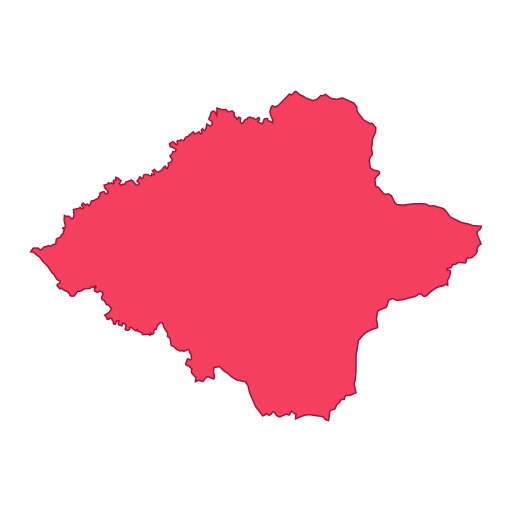 Faratsiho, Vakinankaratra, Madagascar (Mercator projection)
{"feature_id": "10022922B80317071360034", "entity_name": "Faratsiho", "entity_type": "district", "adm_level": 2, "iso_a3": "MDG", "parent_name": "Madagascar", "parent_adm1": "Vakinankaratra", "projection": "mercator", "projection_center": [46.848, -19.419], "detail": "fine", "context": "isolated", "style": "filled", "palette": "rose", "viewbox_px": 512, "rotation_deg": 0, "n_neighbors": 0, "source": "geoboundaries", "source_scale": "gbopen_adm2", "svg_char_len": 6032}
<svg xmlns="http://www.w3.org/2000/svg" viewBox="0 0 512 512"><path d="M328.6,420.5L329.9,411.2L331.6,409.9L334.1,409.4L335.0,408.7L336.9,404.5L339.8,402.1L341.3,399.5L344.2,399.5L345.0,396.4L346.0,395.6L350.8,395.0L356.0,392.7L354.1,383.9L355.1,380.5L355.9,372.0L356.1,355.5L358.4,340.6L362.8,335.3L366.2,332.4L371.5,329.6L377.4,327.7L377.6,326.3L376.4,318.9L377.4,312.3L378.3,310.6L386.5,307.0L388.4,300.9L389.1,300.0L391.9,298.7L393.1,298.6L396.6,300.4L403.4,299.5L415.4,296.3L419.3,293.8L421.3,294.3L423.7,296.3L425.2,296.3L426.9,295.4L430.6,291.8L435.6,288.2L440.2,286.3L443.2,285.9L445.4,284.3L447.7,285.3L447.6,280.2L449.5,276.4L450.5,272.4L450.5,271.0L449.4,270.0L447.3,270.2L446.7,269.6L447.2,268.4L451.1,267.7L452.7,264.7L455.7,264.2L458.4,262.5L465.4,262.9L466.1,261.8L466.3,259.4L467.1,258.3L472.0,257.5L475.9,253.9L477.1,251.5L477.1,247.9L478.7,245.7L481.0,243.9L476.9,233.6L477.5,231.4L480.4,228.8L481.3,226.3L472.2,225.5L468.8,224.1L461.4,222.5L450.3,217.0L445.2,210.1L443.3,208.6L433.7,205.8L429.5,206.0L426.4,204.2L421.8,203.6L413.2,203.8L402.7,205.1L397.1,204.6L394.7,202.6L391.5,195.8L388.6,193.9L385.1,194.3L383.4,193.5L378.4,187.3L375.8,186.4L374.8,179.3L376.5,176.5L379.2,174.0L379.7,173.1L379.4,171.9L378.1,171.0L374.0,170.2L370.7,168.3L370.0,166.7L369.3,159.9L370.3,156.7L371.6,155.7L372.4,153.9L371.4,147.9L372.1,145.1L372.5,138.9L375.5,132.2L375.8,127.7L372.3,123.3L369.9,123.5L363.8,120.1L358.0,112.8L356.7,109.7L356.8,107.2L353.8,103.0L342.2,97.9L337.1,99.3L330.9,98.3L325.2,94.2L323.8,95.5L320.7,95.6L317.1,99.2L313.0,100.6L305.2,97.8L303.5,96.3L299.8,94.7L296.2,91.6L295.1,91.5L291.7,95.0L289.5,94.0L278.4,105.4L274.7,107.1L272.7,105.7L271.4,106.5L269.9,111.6L270.6,115.0L272.6,119.6L272.6,122.7L267.6,120.2L267.7,119.0L267.1,118.5L264.8,118.7L264.2,119.2L262.4,123.9L258.0,122.2L257.9,121.3L259.5,119.8L259.2,117.9L257.8,117.8L256.4,119.4L255.6,119.6L253.2,117.9L251.9,118.1L250.0,117.0L247.8,117.8L246.9,119.5L246.1,119.3L244.8,120.0L242.8,123.0L241.5,123.4L240.2,122.1L240.6,118.1L238.7,117.2L237.0,119.4L236.0,117.5L234.2,116.4L234.1,112.8L232.1,110.9L228.3,111.9L225.9,109.5L222.0,109.7L217.0,108.1L216.8,115.4L214.6,111.4L212.4,111.3L211.1,112.4L210.0,116.4L208.9,118.3L209.0,119.5L211.8,121.5L212.2,124.8L210.0,125.9L206.7,124.1L206.2,128.1L204.9,130.5L204.3,130.8L202.6,128.7L201.4,129.8L201.9,133.8L200.6,134.0L199.0,131.8L195.2,134.1L194.5,133.8L193.6,132.0L193.1,131.9L190.3,134.6L189.4,134.8L188.2,136.5L185.6,137.2L184.0,140.4L183.0,140.6L181.3,139.7L179.3,140.9L177.5,140.6L177.0,141.4L177.5,144.1L177.0,144.7L175.8,144.4L174.0,142.2L172.5,141.8L169.5,143.8L170.3,146.8L172.5,147.2L175.8,149.2L176.1,150.2L175.2,151.4L172.6,151.9L172.1,154.4L169.9,155.6L170.8,157.6L171.9,158.7L172.1,160.2L171.1,161.9L168.2,163.2L168.6,165.7L167.4,168.3L166.1,168.5L165.7,166.4L165.1,166.1L163.5,167.3L161.7,170.2L158.0,172.1L156.4,171.7L154.5,169.4L152.4,170.9L154.4,173.5L154.0,174.9L151.8,173.9L151.6,175.6L151.0,175.9L146.1,174.3L144.1,174.8L143.5,175.5L143.1,177.7L142.5,178.3L141.5,178.5L140.4,177.0L139.3,177.1L139.1,178.9L137.3,180.4L137.1,181.4L138.6,182.2L139.2,183.6L138.8,184.5L137.7,185.1L136.0,184.9L133.1,181.1L131.5,180.0L125.8,182.1L124.5,184.5L122.8,184.2L120.6,185.4L119.5,183.4L121.0,180.8L117.9,178.0L115.9,177.3L115.8,180.1L113.9,180.2L113.3,181.0L114.0,182.8L113.4,183.9L111.8,182.8L109.7,183.6L108.5,182.7L107.3,184.3L104.0,185.2L105.3,188.8L107.7,190.6L107.8,193.5L105.2,193.6L104.5,192.0L103.6,191.7L101.0,192.4L99.8,193.4L100.1,195.9L98.7,196.7L98.8,197.9L93.4,200.7L91.4,200.9L89.6,205.6L88.5,205.5L87.7,204.0L84.9,204.9L83.2,203.0L81.9,204.2L81.7,205.4L83.3,207.4L83.1,208.4L81.6,208.7L80.1,207.2L78.9,208.4L73.4,209.5L74.1,215.0L73.3,217.8L72.5,218.5L71.1,218.3L68.8,216.2L65.9,216.3L64.4,215.4L64.1,220.4L65.4,225.7L64.8,228.0L63.2,227.7L62.8,228.3L64.2,229.6L64.3,230.5L63.5,231.0L63.3,233.3L61.1,235.4L60.6,237.0L57.1,238.6L56.2,239.6L55.8,243.8L52.7,244.8L50.8,246.1L49.9,246.3L48.2,245.5L46.7,246.6L44.5,246.6L41.3,249.7L40.0,249.8L38.2,248.1L33.2,248.1L30.7,251.8L33.6,252.3L37.6,255.8L39.3,256.6L42.6,261.1L47.8,266.4L52.3,273.1L53.6,273.8L56.4,278.6L57.6,279.9L60.4,281.2L60.0,282.8L57.3,284.4L57.1,285.7L57.7,286.5L59.9,288.9L61.3,288.2L64.7,290.6L67.2,291.4L68.9,292.9L70.2,295.7L71.8,296.2L74.3,295.9L77.4,291.6L81.1,291.0L84.6,288.7L89.9,288.6L91.5,286.5L93.2,287.4L94.3,287.3L95.0,285.8L95.6,285.8L96.0,287.2L94.3,289.4L94.7,291.1L97.5,292.5L99.5,291.1L102.0,291.7L102.9,294.3L101.7,297.0L101.6,298.6L102.5,299.9L104.5,300.7L106.5,304.7L108.1,304.7L111.5,308.5L109.4,312.1L104.7,315.3L106.2,316.8L107.2,319.3L108.6,319.4L110.1,318.1L112.2,319.1L112.1,320.3L113.5,321.6L113.3,323.3L114.2,324.3L115.4,324.1L116.7,320.9L118.9,321.0L118.1,323.1L118.8,324.9L121.7,325.9L122.2,325.4L122.5,323.0L123.3,322.9L126.0,325.1L126.2,325.8L125.2,328.6L125.4,329.7L126.2,330.1L127.8,330.3L129.1,329.8L129.7,329.2L129.6,327.4L130.4,327.3L131.5,327.6L135.3,330.6L136.0,330.8L137.2,329.6L137.8,331.2L142.1,332.6L142.1,334.1L142.6,334.6L148.4,334.3L149.7,335.2L150.4,334.8L150.5,333.1L151.8,334.4L153.8,333.4L153.7,330.8L154.9,329.4L156.4,329.0L157.2,325.8L159.9,323.0L161.8,322.5L162.5,323.0L164.2,327.9L167.7,333.1L167.5,336.6L169.0,337.3L170.2,339.0L171.2,345.5L174.2,346.7L175.5,348.5L178.8,350.5L180.7,351.0L182.0,350.4L183.7,351.3L186.3,350.5L187.8,349.2L189.3,350.5L189.4,352.1L191.1,354.5L191.5,359.1L190.6,359.8L188.4,358.9L187.4,359.1L185.6,364.0L186.6,365.4L188.9,366.1L191.8,368.9L191.3,371.1L191.8,373.1L196.1,378.0L195.4,381.6L198.8,380.4L203.2,381.5L205.4,378.1L207.9,376.6L213.7,379.0L214.5,377.4L213.5,371.4L213.9,367.5L217.8,367.0L219.1,366.3L224.3,371.2L227.8,373.3L231.4,376.7L236.8,380.0L245.5,381.8L248.1,385.9L249.5,392.5L255.6,406.5L262.7,415.9L265.1,414.9L265.9,413.6L269.2,415.3L270.9,414.3L272.8,411.8L274.4,412.2L276.4,415.3L277.9,416.4L279.8,416.9L286.0,414.2L289.2,415.0L291.7,411.0L294.5,413.6L296.0,414.1L295.5,418.9L301.4,416.3L306.2,414.9L310.6,414.8L322.8,416.7L325.8,419.8L328.6,420.5Z" fill="#f43f5e" stroke="#9f1239" stroke-width="1.5"/></svg>